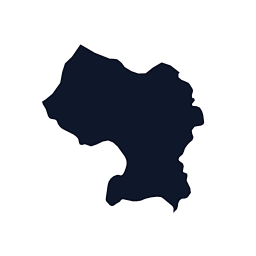 outline of Hakkari, rotated 31°
{"feature_id": "TUR-3047", "entity_name": "Hakkari", "entity_type": "Province", "adm_level": 1, "iso_a3": "TUR", "parent_name": "Turkey", "parent_adm1": "", "projection": "equal_earth", "projection_center": [44.217, 37.441], "detail": "fine", "context": "isolated", "style": "filled", "palette": "ink", "viewbox_px": 256, "rotation_deg": 31, "n_neighbors": 0, "source": "natural_earth", "source_scale": "10m", "svg_char_len": 1841}
<svg xmlns="http://www.w3.org/2000/svg" viewBox="0 0 256 256"><g transform="rotate(31 128 128)"><path d="M55.7,159.2L53.8,158.4L48.2,153.5L43.3,150.9L41.7,149.6L43.3,146.3L46.3,137.9L47.4,124.1L43.5,113.6L41.5,105.1L44.0,96.0L44.9,81.6L60.9,81.4L77.0,78.7L80.3,76.8L83.7,75.4L88.8,76.2L93.7,78.2L101.4,78.3L109.1,76.7L115.6,72.5L118.8,63.9L123.6,55.1L132.3,53.2L142.8,54.5L142.5,55.7L144.6,59.2L148.8,59.9L156.5,58.9L158.0,59.4L162.3,61.6L163.6,62.5L164.3,64.0L164.7,65.8L165.4,67.8L166.7,69.5L167.6,69.9L168.5,69.6L169.3,69.4L170.2,70.1L170.2,70.9L169.8,73.4L169.7,74.4L170.6,76.2L172.3,76.4L174.2,75.6L175.7,74.7L179.0,74.3L182.3,76.0L185.3,78.7L189.7,84.3L190.0,85.8L188.8,87.8L184.6,91.3L183.6,92.7L183.1,97.5L185.5,100.4L188.2,102.5L188.7,105.2L187.6,108.4L186.8,112.3L186.6,116.3L187.3,119.5L187.7,122.2L186.2,126.9L186.9,129.5L188.5,130.5L193.0,130.9L194.8,132.4L196.5,136.9L197.7,138.2L202.0,137.5L203.1,139.0L203.8,141.2L204.8,143.4L211.8,148.0L214.5,151.4L214.1,156.5L212.7,158.5L211.1,159.5L209.6,160.8L208.7,163.7L209.1,166.9L210.3,169.6L211.0,172.2L210.3,175.3L208.8,172.6L206.4,171.3L193.8,169.4L191.5,169.5L187.7,171.4L183.0,175.0L178.7,179.3L175.8,183.2L172.8,185.7L169.7,187.6L159.5,191.1L158.5,192.9L158.1,195.4L156.2,198.8L155.1,201.5L153.9,202.6L152.4,202.8L147.5,201.4L146.4,200.5L145.6,198.8L140.7,187.2L139.8,183.9L139.9,180.6L141.0,177.3L143.0,174.6L144.5,173.6L145.9,173.3L147.1,172.8L148.1,170.9L148.2,169.4L148.1,167.4L147.5,163.9L146.5,160.3L145.0,157.5L143.1,155.4L140.4,153.5L128.8,148.5L126.5,148.1L122.5,147.3L117.1,148.2L112.7,152.2L109.1,157.7L105.4,162.1L99.0,163.4L96.8,165.7L95.3,166.1L94.4,165.5L91.9,162.9L90.7,162.0L87.8,161.2L84.7,160.9L72.4,161.8L69.5,161.4L66.4,160.1L64.2,158.4L63.3,157.8L61.7,157.5L60.2,157.8L57.3,159.0L55.7,159.2Z" fill="#0f172a" stroke="#020617" stroke-width="1.5"/></g></svg>